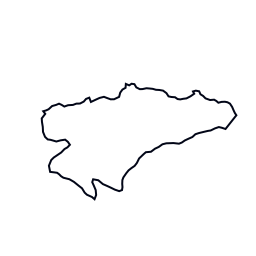 outline of Cubatão, São Paulo, Brazil, rotated 39°
{"feature_id": "56859067B74621499871087", "entity_name": "Cubatão", "entity_type": "district", "adm_level": 2, "iso_a3": "BRA", "parent_name": "Brazil", "parent_adm1": "São Paulo", "projection": "natural_earth1", "projection_center": [-46.406, -23.861], "detail": "fine", "context": "isolated", "style": "outline", "palette": "ink", "viewbox_px": 256, "rotation_deg": 39, "n_neighbors": 0, "source": "geoboundaries", "source_scale": "gbopen_adm2", "svg_char_len": 1840}
<svg xmlns="http://www.w3.org/2000/svg" viewBox="0 0 256 256"><g transform="rotate(39 128 128)"><path d="M204.4,67.4L204.2,49.9L201.6,49.1L199.1,47.9L195.7,46.1L191.9,44.9L189.1,45.4L186.8,46.6L184.3,48.8L182.3,51.5L179.6,51.4L177.1,51.8L174.2,54.6L169.6,56.2L166.2,55.8L163.1,56.2L160.2,54.7L157.2,56.3L155.5,58.7L157.9,59.7L156.6,64.1L154.8,68.2L152.5,70.6L150.6,72.9L148.3,74.3L145.2,74.5L142.2,76.6L139.6,77.9L135.9,76.7L131.7,76.9L128.3,78.8L125.7,80.7L122.6,82.0L119.8,83.8L117.3,85.5L114.8,88.6L112.7,90.4L108.9,91.2L105.4,89.9L102.9,91.4L102.1,94.1L98.6,95.1L100.8,98.3L99.5,101.6L99.7,105.4L101.5,109.4L99.1,114.4L96.5,116.6L93.1,117.8L89.7,118.9L87.0,122.5L85.2,126.1L82.8,131.1L78.8,128.8L77.1,131.8L77.0,135.3L75.3,139.2L72.5,141.6L70.7,144.7L67.1,148.0L65.0,151.4L61.8,151.8L59.1,152.5L57.6,155.3L55.2,158.7L54.5,163.4L53.2,166.0L51.6,168.3L54.8,169.1L54.9,174.8L57.3,177.4L61.1,180.8L64.4,184.5L69.1,187.1L72.8,187.4L75.1,186.0L77.9,184.8L80.8,183.6L83.4,180.0L86.5,176.6L90.0,176.6L93.4,177.6L93.1,181.2L91.9,184.3L91.5,189.1L88.9,197.6L88.5,201.2L90.3,207.1L95.1,211.1L98.6,208.9L101.1,207.4L103.7,207.3L106.3,207.6L109.1,207.3L114.7,204.7L119.9,203.9L125.9,203.9L130.2,203.8L135.0,205.5L138.1,205.7L143.4,204.3L146.8,204.4L145.4,200.1L142.0,196.6L137.7,194.3L134.3,192.6L133.2,189.8L137.8,187.3L143.8,187.4L146.3,186.7L148.9,186.0L152.1,185.2L156.5,184.2L160.9,182.6L162.4,180.0L160.9,177.4L158.7,175.1L156.4,172.0L155.5,169.3L155.1,164.1L155.1,160.5L155.9,157.0L157.0,153.3L156.9,149.6L155.8,144.7L156.6,138.5L157.1,135.6L160.8,132.0L162.0,127.1L163.8,123.4L165.0,119.0L167.4,115.8L170.4,113.2L172.8,111.1L177.5,108.1L179.0,105.4L180.0,101.9L181.8,98.2L183.7,94.5L184.3,90.4L186.3,87.3L189.5,83.1L191.9,80.0L193.8,77.9L195.8,73.6L198.0,70.1L200.7,68.8L204.4,67.4Z" fill="none" stroke="#020617" stroke-width="2"/></g></svg>